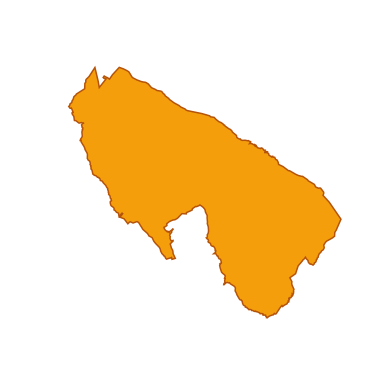 the district of Cuca, Arges, Romania, rotated 295°
{"feature_id": "2599482B86773297924041", "entity_name": "Cuca", "entity_type": "district", "adm_level": 2, "iso_a3": "ROU", "parent_name": "Romania", "parent_adm1": "Arges", "projection": "equal_earth", "projection_center": [24.49, 44.95], "detail": "fine", "context": "isolated", "style": "filled", "palette": "amber", "viewbox_px": 384, "rotation_deg": 295, "n_neighbors": 0, "source": "geoboundaries", "source_scale": "gbopen_adm2", "svg_char_len": 6082}
<svg xmlns="http://www.w3.org/2000/svg" viewBox="0 0 384 384"><g transform="rotate(295 192 192)"><path d="M240.8,320.6L244.3,312.2L246.3,312.0L247.5,311.4L249.7,307.2L249.8,306.4L248.9,305.1L248.8,302.5L249.0,301.7L250.6,299.7L251.3,292.4L251.9,291.6L252.9,285.7L252.5,284.6L251.9,281.3L251.9,278.2L252.5,271.4L252.1,270.2L253.5,263.9L253.6,258.8L255.2,257.7L256.9,255.7L256.9,254.0L258.4,252.3L257.8,250.9L258.5,250.2L258.2,249.5L257.4,249.4L258.0,246.0L259.1,245.3L259.4,244.8L259.2,243.0L260.3,243.3L260.3,242.7L260.0,242.2L258.6,241.7L258.5,241.3L260.8,240.7L260.2,239.5L260.9,238.5L261.4,236.7L261.1,236.0L260.4,235.9L259.9,233.4L259.9,232.5L260.5,231.6L260.3,230.7L261.3,230.5L261.4,230.1L260.3,229.8L260.5,229.3L261.4,229.0L261.5,228.5L260.9,227.9L261.1,226.0L260.7,224.4L260.2,223.7L262.2,224.1L262.4,223.8L261.9,223.4L262.5,221.6L261.9,220.6L261.4,218.4L260.0,215.7L259.9,214.4L260.5,213.4L260.1,212.9L260.1,210.6L260.5,209.5L262.0,208.4L263.4,203.2L264.3,202.2L264.9,200.4L264.9,198.6L265.8,194.0L266.4,193.2L266.2,192.3L266.8,191.4L267.2,189.0L267.1,186.6L268.0,183.0L269.0,180.5L268.0,177.1L268.5,175.8L267.2,167.6L263.8,153.4L263.8,151.9L264.3,150.7L264.3,145.8L264.9,143.7L265.2,138.2L266.3,132.6L267.0,131.2L267.8,127.2L268.8,125.9L269.1,124.3L270.3,122.1L270.2,120.9L269.2,117.4L269.5,115.4L269.4,111.8L269.6,110.8L271.5,106.6L271.8,103.7L271.0,101.0L270.6,98.9L270.3,94.6L270.5,90.4L270.7,89.3L274.2,84.0L274.5,81.9L274.6,77.9L274.2,73.4L264.8,70.4L259.4,69.5L259.9,67.2L259.8,64.8L260.0,63.4L258.2,63.1L257.8,64.2L258.1,66.3L247.5,63.8L252.8,60.1L263.8,51.4L253.1,49.9L249.4,48.5L248.3,48.5L246.9,49.3L245.2,49.0L240.2,51.1L231.9,45.8L231.0,45.8L228.4,44.7L225.5,45.1L223.9,44.8L222.2,45.2L220.3,44.2L218.6,44.6L217.5,44.1L216.5,45.7L216.4,46.4L217.1,47.2L214.8,49.8L213.8,50.7L213.6,50.4L213.7,50.0L213.0,49.8L212.1,50.4L210.5,53.0L207.1,55.2L207.6,56.5L206.7,60.3L206.8,60.7L208.0,62.1L208.3,62.7L208.3,63.8L209.0,65.0L207.7,63.9L206.1,63.5L205.2,64.5L204.4,64.7L203.9,66.0L202.3,66.2L202.5,66.5L202.3,66.6L199.9,66.8L196.2,69.0L194.8,69.0L192.9,68.7L191.5,68.9L191.9,69.7L190.7,70.2L187.5,75.0L186.3,76.4L185.2,77.2L183.0,80.4L181.8,81.4L178.2,82.9L177.0,84.5L176.8,85.8L176.4,86.5L175.0,87.7L173.8,88.0L173.0,89.4L172.2,89.5L171.4,90.3L170.6,90.5L170.0,91.0L169.6,92.1L166.3,94.6L166.3,95.4L165.8,96.3L166.1,97.5L166.0,98.8L165.4,100.0L165.7,100.7L165.4,101.3L165.6,101.9L164.9,103.2L163.7,104.0L163.9,105.9L163.7,106.7L163.0,107.3L161.5,111.1L160.0,113.0L159.9,113.6L159.5,114.2L158.6,114.5L157.5,115.8L156.4,116.2L156.0,116.9L154.7,117.4L153.7,119.4L151.9,120.6L151.5,121.7L150.9,121.9L150.1,122.7L148.9,122.0L148.4,122.1L147.0,122.9L145.6,124.2L145.2,125.0L145.1,126.3L144.5,127.9L144.1,128.4L142.8,128.9L142.8,129.9L141.7,132.2L141.8,133.8L141.6,134.4L139.0,136.2L143.3,137.5L143.0,138.4L138.6,137.3L138.8,138.2L139.0,141.8L136.1,147.3L138.2,148.0L138.9,148.5L139.0,151.7L141.9,154.6L141.8,156.5L137.3,163.4L135.7,168.9L134.6,170.8L134.0,171.4L133.8,175.2L131.3,178.1L130.0,180.7L128.1,185.7L127.0,187.2L125.1,188.7L123.5,190.7L122.8,192.6L122.2,193.5L122.3,194.4L120.8,196.1L120.4,197.3L122.7,199.7L122.9,200.3L124.0,201.1L122.5,202.3L124.8,204.9L128.1,201.0L130.7,199.4L132.5,197.1L135.7,194.2L139.6,195.6L140.1,195.3L139.0,194.0L139.3,193.2L140.7,191.6L142.3,191.2L143.2,190.1L144.1,189.9L146.8,190.6L148.3,190.1L150.3,190.6L150.4,190.2L148.7,189.6L146.7,188.4L145.7,188.6L146.2,187.4L145.6,187.1L146.0,186.2L145.6,185.9L146.3,183.7L147.0,182.5L148.1,181.5L149.5,182.6L151.1,183.4L152.5,182.5L155.7,184.0L158.4,186.4L159.8,188.4L162.2,190.0L168.1,192.0L169.8,196.1L171.0,195.7L174.0,198.4L175.9,199.8L177.0,199.4L180.4,201.4L180.6,202.2L181.4,203.0L182.6,204.1L183.6,204.6L183.3,206.6L182.8,208.7L181.9,210.6L181.2,211.5L179.6,212.6L177.1,215.7L175.0,216.6L171.1,218.8L169.8,219.2L167.3,221.5L163.6,223.5L161.4,224.1L159.5,223.9L158.7,224.5L157.3,224.9L156.8,224.8L156.5,224.4L156.0,225.2L155.8,226.6L154.7,227.7L153.9,227.5L153.6,227.7L153.3,228.6L153.4,229.5L153.0,230.6L151.6,231.9L151.4,233.5L151.8,234.0L151.8,234.6L150.7,236.5L150.0,237.2L149.1,237.4L148.9,237.7L149.0,238.2L148.3,238.3L147.8,238.8L147.4,238.6L146.8,238.9L146.2,238.2L145.3,237.8L146.0,239.1L146.0,239.9L144.6,242.0L144.9,242.5L143.4,244.0L142.9,244.9L143.1,245.9L142.9,246.5L140.6,248.4L139.6,248.5L139.5,248.0L138.6,247.6L138.2,248.2L137.3,248.0L135.0,249.7L131.8,252.7L131.2,254.3L130.6,256.7L129.8,257.7L127.4,258.0L127.5,258.7L125.6,259.0L124.1,260.0L122.3,259.7L121.4,259.9L121.5,260.2L124.3,261.3L125.0,262.3L125.0,263.3L125.6,264.4L125.0,265.5L124.5,269.8L124.1,271.0L123.3,271.9L120.6,272.9L119.0,275.1L117.8,276.2L115.0,280.2L114.6,281.3L115.0,282.1L114.4,283.0L114.3,283.7L112.9,284.5L111.4,286.1L111.1,287.0L111.1,288.4L110.2,289.0L110.6,290.4L109.9,291.5L109.9,292.6L109.4,293.4L110.1,294.3L110.3,295.1L110.2,295.7L109.8,296.2L110.3,297.1L110.1,298.9L110.8,299.7L110.6,300.1L110.9,300.5L110.7,300.9L111.1,302.2L110.9,303.0L111.1,304.1L110.5,305.1L110.9,305.5L110.8,305.9L111.2,306.3L111.6,307.6L111.3,308.2L110.7,308.1L110.4,308.4L111.5,310.7L110.6,311.3L110.4,312.3L109.6,312.6L109.9,313.5L111.4,314.0L112.8,315.1L114.4,316.7L115.0,317.6L116.7,317.9L116.5,318.9L117.2,319.7L124.8,320.8L127.1,321.5L126.5,322.5L128.4,323.5L130.9,325.4L132.1,325.3L133.5,326.2L133.8,325.9L133.9,325.2L135.4,325.8L135.8,325.1L136.6,324.6L136.8,324.7L136.9,325.5L137.6,325.3L138.0,326.2L140.1,326.8L140.1,326.2L140.7,326.5L141.5,326.1L141.2,326.7L141.5,327.0L142.9,326.6L143.5,326.8L144.1,326.1L144.8,326.2L145.7,325.6L146.9,325.5L150.0,321.9L151.3,321.0L153.0,320.4L155.6,316.9L161.7,320.4L169.9,319.4L176.0,321.1L177.0,321.1L177.9,321.7L180.9,322.4L179.9,323.5L178.9,326.2L177.8,326.8L176.7,328.7L176.6,329.7L176.9,329.8L177.0,330.5L176.9,332.6L178.6,333.2L179.5,332.9L180.5,333.7L182.2,333.7L183.1,333.3L183.9,333.7L185.3,333.4L186.2,333.9L187.3,333.5L189.8,333.4L192.0,334.3L193.3,334.3L195.2,335.4L197.3,335.4L199.7,333.8L203.1,334.3L204.4,334.8L209.3,338.4L212.1,339.9L215.7,338.5L218.4,338.8L230.3,338.5L240.8,320.6Z" fill="#f59e0b" stroke="#b45309" stroke-width="1.5"/></g></svg>